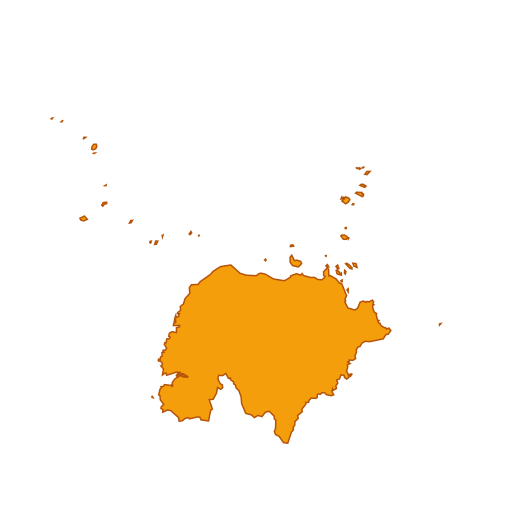 the district of Belitung Timur, Bangka-Belitung, Indonesia, rotated 254°
{"feature_id": "22746128B98690900191937", "entity_name": "Belitung Timur", "entity_type": "district", "adm_level": 2, "iso_a3": "IDN", "parent_name": "Indonesia", "parent_adm1": "Bangka-Belitung", "projection": "albers", "projection_center": [108.219, -2.955], "detail": "fine", "context": "isolated", "style": "filled", "palette": "amber", "viewbox_px": 512, "rotation_deg": 254, "n_neighbors": 0, "source": "geoboundaries", "source_scale": "gbopen_adm2", "svg_char_len": 6185}
<svg xmlns="http://www.w3.org/2000/svg" viewBox="0 0 512 512"><g transform="rotate(254 256 256)"><path d="M101.0,289.7L101.1,292.4L104.8,291.7L107.1,292.9L105.6,293.1L106.4,296.8L109.2,297.0L111.3,299.6L114.7,299.4L114.8,302.3L118.3,304.9L117.0,307.8L114.8,307.6L112.7,309.2L113.8,311.9L115.8,312.3L120.3,311.3L124.3,313.7L126.3,313.8L126.7,316.9L128.9,315.0L129.3,316.8L130.3,317.1L129.0,320.3L129.9,323.5L132.5,323.5L136.1,326.2L138.4,326.6L140.4,329.2L140.5,331.2L143.0,333.8L143.9,337.5L142.3,341.8L141.3,355.5L144.7,359.3L144.3,361.5L147.3,365.1L150.1,363.9L149.8,361.3L151.5,360.8L151.8,359.3L155.2,356.7L157.0,356.8L158.0,355.4L159.5,355.3L160.1,356.4L160.9,355.2L166.4,355.3L167.4,356.1L169.5,354.2L174.1,353.9L176.4,354.7L176.7,355.8L177.4,355.0L179.4,356.4L181.5,355.8L180.8,352.3L181.8,349.7L181.1,348.8L183.1,346.9L182.9,343.3L177.9,339.4L176.8,336.2L180.7,330.0L187.3,328.8L186.8,328.3L188.1,329.3L188.1,329.8L190.2,329.7L192.8,332.1L205.5,330.8L207.1,328.7L211.8,326.7L216.8,321.9L216.8,320.6L223.2,322.1L224.9,321.4L222.3,316.6L218.6,315.7L216.9,316.6L214.9,312.9L216.4,308.9L219.3,306.3L220.5,302.1L224.2,296.2L226.4,295.5L225.4,293.5L227.8,290.1L227.4,283.9L226.1,283.1L224.5,277.3L224.9,275.3L229.1,266.5L236.0,259.9L238.0,256.3L238.3,254.2L237.0,250.8L240.2,241.3L243.8,235.9L254.3,229.3L255.6,218.9L253.0,210.4L250.8,207.0L246.7,195.2L244.6,192.5L246.2,186.0L243.9,183.2L238.3,182.0L234.5,176.0L229.9,173.0L228.3,169.2L224.7,168.7L223.2,165.0L222.4,164.6L221.6,166.5L220.8,165.2L219.3,165.3L218.9,162.4L221.0,162.5L219.0,161.1L215.9,159.5L216.5,161.0L214.7,160.7L213.6,158.2L211.9,157.4L210.3,163.5L209.0,163.0L208.9,159.7L204.3,158.4L206.4,154.4L205.7,151.5L202.8,149.9L202.2,151.0L201.2,150.7L200.4,149.9L200.9,147.3L197.3,145.7L197.9,144.6L196.4,143.5L192.0,144.7L190.4,142.6L191.1,141.0L190.0,140.2L188.9,141.0L189.0,138.9L185.8,138.4L185.2,136.4L183.0,135.3L183.7,134.0L182.6,133.2L181.6,133.7L181.5,135.2L178.8,136.3L176.7,135.7L176.6,134.2L172.9,135.9L167.4,133.3L168.4,135.8L168.2,137.3L166.0,137.2L166.3,147.8L164.8,151.7L165.1,148.8L163.8,147.4L163.2,153.3L159.4,156.7L159.2,155.8L158.6,156.2L159.7,152.8L160.4,151.9L161.8,150.8L163.2,146.6L162.5,146.5L161.4,148.5L160.3,144.3L157.3,140.5L153.9,140.1L153.8,139.3L155.5,139.5L155.2,138.2L157.6,132.6L156.2,130.9L156.6,128.6L155.6,128.9L154.5,127.1L149.3,124.1L148.4,125.2L144.0,124.4L138.9,126.4L137.0,123.2L135.5,122.6L134.2,124.2L131.6,123.3L132.4,128.6L130.7,131.6L122.0,137.0L118.3,136.6L118.0,140.0L119.4,143.0L119.4,146.2L117.8,147.2L117.4,155.5L116.5,157.6L113.6,158.0L110.5,164.9L120.2,169.9L120.9,171.9L130.9,171.4L130.0,175.3L135.0,180.2L140.2,182.8L137.6,185.4L138.7,187.8L141.5,188.1L143.0,186.5L147.1,185.6L150.1,186.1L151.5,187.2L150.2,191.1L151.4,194.6L146.1,195.7L145.7,197.8L144.4,197.2L140.8,199.9L139.3,199.2L137.8,200.6L134.7,200.5L131.3,202.4L125.2,202.9L117.8,201.5L107.5,202.8L104.6,207.7L101.1,210.0L102.2,213.9L100.0,217.4L103.2,221.9L103.1,225.9L97.1,229.3L94.3,228.7L92.8,229.8L84.7,227.2L82.4,225.3L79.1,225.5L76.3,228.5L69.0,231.0L67.3,234.9L76.9,241.5L78.7,244.2L80.6,244.2L83.0,246.8L86.0,247.7L88.3,251.9L91.1,251.9L93.6,257.6L96.1,257.8L99.8,263.0L101.5,263.4L100.8,266.2L102.7,267.2L104.2,270.0L102.6,274.4L103.4,276.0L105.5,276.5L106.2,277.8L105.3,279.8L106.3,281.4L105.9,284.0L103.1,285.7L101.0,289.7ZM240.6,287.1L236.7,288.5L233.8,293.7L236.1,297.8L238.5,297.5L240.7,294.2L240.9,291.7L246.9,290.6L245.4,288.4L240.6,287.1ZM286.5,356.5L285.2,353.7L281.5,356.5L282.2,359.3L284.2,361.7L285.9,361.3L288.1,358.6L286.5,356.5ZM340.8,97.1L338.9,97.5L337.3,99.9L337.7,103.9L341.7,102.1L340.8,97.1ZM251.7,343.1L247.9,344.7L247.1,347.6L248.2,349.0L249.7,348.8L251.7,346.9L252.5,343.9L251.7,343.1ZM287.9,375.3L289.6,370.1L288.9,369.0L283.7,374.7L284.2,375.8L286.0,376.4L286.1,375.2L287.9,375.3ZM404.0,127.5L402.9,128.8L403.3,131.4L405.2,133.2L407.5,133.2L408.1,130.8L406.3,128.5L404.0,127.5ZM223.9,340.0L218.1,342.9L217.1,344.7L218.2,345.1L221.9,343.1L224.1,341.1L223.9,340.0ZM220.1,329.1L216.6,329.0L213.9,332.8L216.1,333.3L215.5,331.5L217.4,331.8L220.2,330.0L220.1,329.1ZM222.4,347.1L219.3,347.3L217.2,350.0L221.2,350.0L222.4,347.1ZM347.4,121.7L346.1,122.5L347.6,124.6L347.5,126.9L348.9,127.2L349.5,123.9L347.4,121.7ZM306.7,385.9L304.6,383.1L303.6,385.2L305.9,388.9L306.7,385.9ZM163.1,151.7L159.8,152.9L159.4,156.4L162.7,153.0L163.1,151.7ZM295.3,378.9L295.9,376.9L295.3,375.3L293.2,377.9L293.3,379.6L292.4,379.0L292.1,379.9L292.9,381.0L295.3,378.9ZM298.0,163.6L295.0,161.8L294.8,163.6L297.4,165.7L298.0,163.6ZM224.0,330.0L220.9,331.0L221.0,332.2L224.8,332.0L224.0,330.0ZM322.6,143.4L322.4,145.1L324.3,147.1L324.6,145.3L322.6,143.4ZM227.4,320.6L226.2,320.8L225.5,322.9L228.1,322.3L227.4,320.6ZM217.8,337.3L215.1,336.3L214.0,336.9L216.3,338.2L217.8,337.3ZM115.9,315.6L116.5,314.9L116.1,312.3L114.3,313.6L115.9,315.6ZM295.5,197.8L294.7,198.5L295.9,200.5L297.5,200.2L295.5,197.8ZM289.0,354.8L287.4,353.4L287.1,356.6L288.3,356.6L287.9,355.0L289.0,354.8ZM256.8,292.1L255.5,291.7L255.2,295.0L256.6,294.4L256.8,292.1ZM198.4,334.1L196.2,334.7L199.1,335.6L198.4,334.1ZM298.2,157.6L297.5,158.3L299.1,159.5L299.4,158.4L298.2,157.6ZM311.3,380.8L312.3,379.6L312.0,378.8L310.7,379.5L311.3,380.8ZM417.0,125.0L417.6,123.6L416.0,122.0L417.0,125.0ZM250.4,264.4L250.0,263.2L248.7,263.8L249.3,264.5L250.4,264.4ZM209.2,332.2L209.0,330.9L207.8,330.8L207.6,331.8L209.2,332.2ZM140.2,413.7L139.0,413.4L140.1,415.1L140.2,413.7ZM279.2,364.4L279.5,363.5L278.9,362.7L278.3,363.9L279.2,364.4ZM258.5,350.7L258.7,349.7L257.8,349.3L257.5,350.3L258.5,350.7ZM301.6,171.4L300.1,171.3L301.8,172.4L301.6,171.4ZM312.9,376.9L312.0,377.4L312.1,378.4L312.9,377.7L312.9,376.9ZM292.0,207.6L291.1,205.8L291.1,206.7L292.0,207.6ZM236.9,323.6L237.6,322.4L236.4,323.3L236.9,323.6ZM148.1,118.0L149.8,117.6L149.8,117.4L148.7,117.0L148.1,118.0ZM365.6,131.5L365.3,130.2L364.9,131.1L365.6,131.5ZM444.7,98.5L444.7,97.3L444.4,96.9L443.9,97.6L444.7,98.5ZM311.6,384.0L311.9,383.2L311.5,382.5L311.1,383.1L311.6,384.0ZM438.7,105.8L438.5,106.4L439.8,108.0L438.7,105.8ZM399.4,129.5L399.6,128.4L399.5,128.1L399.1,128.7L399.4,129.5ZM248.6,349.9L247.2,349.7L247.7,350.2L248.6,349.9Z" fill="#f59e0b" stroke="#b45309" stroke-width="1.5"/></g></svg>